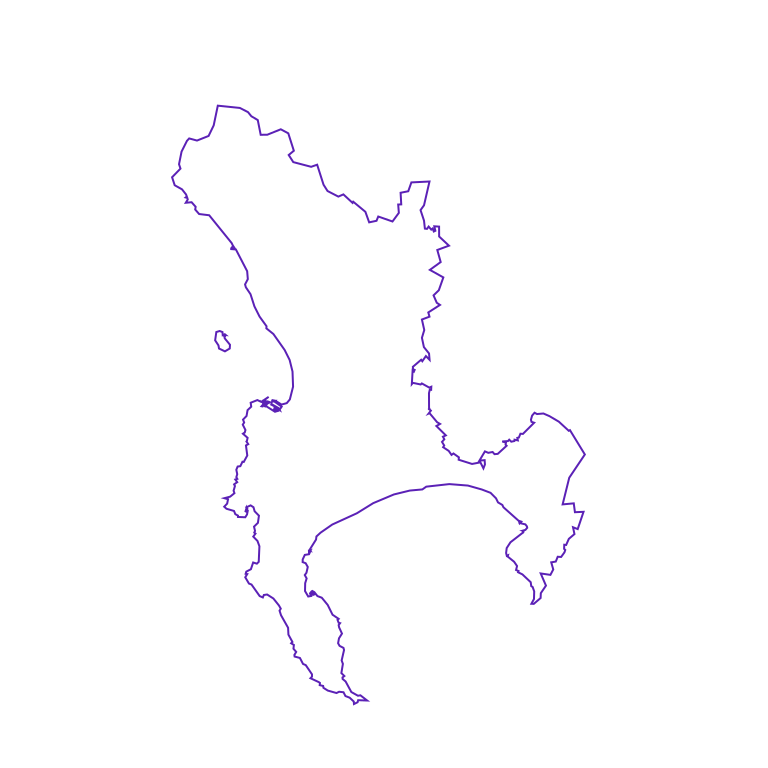 City of Cape Town, Western Cape, South Africa (Equal Earth projection), rotated 348°
{"feature_id": "47623444B95865124382580", "entity_name": "City of Cape Town", "entity_type": "district", "adm_level": 2, "iso_a3": "ZAF", "parent_name": "South Africa", "parent_adm1": "Western Cape", "projection": "equal_earth", "projection_center": [18.52, -33.915], "detail": "fine", "context": "isolated", "style": "outline", "palette": "violet", "viewbox_px": 768, "rotation_deg": 348, "n_neighbors": 0, "source": "geoboundaries", "source_scale": "gbopen_adm2", "svg_char_len": 6161}
<svg xmlns="http://www.w3.org/2000/svg" viewBox="0 0 768 768"><g transform="rotate(348 384 384)"><path d="M452.7,192.5L447.8,200.5L440.0,200.4L438.2,211.9L435.2,211.4L434.1,219.7L426.1,226.8L413.2,219.0L410.6,222.8L403.1,222.8L401.6,211.7L391.8,199.3L390.9,200.3L383.7,190.1L378.3,191.2L368.9,183.5L366.3,176.5L364.2,155.6L357.9,156.4L341.4,148.1L338.4,140.2L344.3,137.1L342.5,118.9L336.0,113.4L321.7,115.9L315.2,114.6L315.4,99.6L309.9,94.5L307.5,89.8L300.4,84.0L279.3,77.2L271.2,95.6L264.0,104.9L251.7,107.0L244.5,103.3L241.8,105.2L234.3,114.6L229.2,126.4L229.7,131.0L219.7,137.7L220.6,146.1L226.9,151.6L229.8,157.5L230.1,159.6L228.8,160.3L230.3,161.1L230.4,162.7L227.8,165.5L233.6,166.2L236.6,171.5L235.6,174.1L238.5,179.3L248.1,182.6L264.3,214.5L265.1,217.8L262.6,219.5L265.2,217.7L266.4,220.8L261.7,220.0L267.1,221.6L273.6,245.2L272.6,253.1L268.8,257.7L269.0,260.7L272.1,268.4L273.4,281.2L276.3,292.2L281.1,303.1L280.5,305.1L286.2,312.1L293.9,330.1L296.7,340.9L297.1,352.8L294.5,367.7L288.7,379.5L284.9,382.5L279.5,382.8L274.3,377.8L270.8,376.3L271.5,377.2L270.8,378.1L274.5,378.1L273.8,379.1L279.2,384.9L277.3,386.7L276.5,385.9L277.3,386.9L276.3,386.4L276.6,387.8L275.1,386.3L276.1,386.2L275.6,385.4L269.8,380.3L270.0,378.9L269.7,380.4L268.8,380.2L274.6,385.0L273.8,386.2L271.4,383.9L274.4,388.3L272.5,388.4L272.8,387.1L270.6,385.3L272.4,387.3L271.4,388.3L263.8,380.9L266.4,378.2L268.0,379.2L267.3,378.3L268.3,377.9L266.5,376.8L264.9,376.4L265.5,377.4L263.0,379.9L263.5,378.2L261.6,379.0L261.9,380.3L261.0,379.6L260.4,380.2L261.3,381.0L259.6,380.3L261.9,378.5L261.5,377.1L262.3,377.9L262.4,376.3L263.2,377.2L262.6,376.2L263.5,375.2L264.4,376.2L264.1,374.6L268.5,372.6L260.2,376.0L256.8,373.4L249.7,374.6L249.4,378.6L245.1,381.2L242.9,386.7L238.7,389.5L239.2,392.6L237.4,394.4L238.9,400.2L237.7,402.5L235.7,403.3L239.4,408.3L237.9,411.5L237.2,410.9L238.7,414.6L236.2,415.4L235.4,425.5L230.6,431.1L229.4,430.6L226.4,434.5L223.7,434.3L221.7,437.2L221.7,441.7L220.2,444.4L220.8,446.3L218.7,446.5L220.0,449.5L216.5,451.0L217.0,452.8L214.7,457.1L215.0,459.7L210.1,462.2L204.1,462.5L207.5,464.3L205.7,468.4L202.2,470.8L204.0,473.3L210.9,477.0L211.5,480.4L213.8,482.4L213.5,483.7L220.6,485.5L222.9,483.1L224.7,478.9L223.5,480.9L222.1,479.7L223.9,476.4L224.2,478.6L224.4,477.6L223.7,476.0L228.3,475.0L230.7,477.4L231.0,481.6L234.3,486.8L231.8,493.6L227.2,496.5L227.3,500.9L226.2,502.4L227.2,503.6L224.4,506.1L227.6,511.2L228.4,516.8L224.5,531.9L222.3,533.3L218.9,531.4L215.3,537.5L210.3,538.9L209.2,540.9L210.7,541.5L208.1,544.2L210.4,551.1L212.7,552.6L218.3,565.6L221.1,567.6L222.6,565.4L225.9,565.6L231.2,570.8L235.2,578.8L236.3,582.3L234.7,584.0L235.2,588.8L239.5,602.5L238.4,609.3L240.8,617.3L239.3,618.3L241.6,620.5L240.4,624.1L242.4,627.8L240.0,630.4L239.9,632.0L244.8,634.5L246.6,641.0L249.0,642.7L253.2,653.0L252.7,655.3L250.9,656.5L258.3,662.1L259.2,663.1L258.5,665.2L261.7,666.7L261.6,668.6L265.3,672.2L273.3,676.4L276.1,675.7L280.3,677.1L281.4,681.2L285.2,683.7L288.4,688.3L288.1,690.8L292.0,689.8L293.0,687.9L301.7,690.1L296.2,683.6L293.7,683.5L288.0,678.5L284.6,667.0L282.2,663.9L282.4,662.4L284.5,661.4L282.2,657.9L285.6,649.2L285.1,645.6L289.6,635.9L289.5,633.7L286.1,630.9L285.2,628.0L287.1,623.4L291.0,619.4L289.5,612.8L289.5,610.4L291.3,608.8L290.0,608.1L289.5,605.0L290.8,604.3L285.7,599.0L283.0,588.4L278.7,580.1L274.8,577.6L272.6,573.1L270.3,571.1L272.9,575.1L271.4,575.5L270.5,573.7L270.3,575.3L268.9,575.3L268.3,573.5L269.7,572.4L269.6,572.2L268.1,573.4L268.6,576.2L265.7,576.1L263.7,570.1L265.5,562.4L267.9,558.1L266.8,554.4L268.9,552.5L271.4,547.1L270.1,543.0L267.4,541.3L268.0,538.7L271.0,534.7L275.3,534.9L277.3,532.1L275.7,532.7L275.9,531.6L277.0,532.0L276.4,531.1L285.2,522.0L286.2,519.1L291.1,516.2L304.2,510.7L330.6,504.8L348.7,498.3L370.7,494.1L387.1,493.6L399.6,495.1L404.0,493.2L427.1,495.5L445.0,500.8L457.7,507.5L465.6,512.6L469.8,519.1L470.9,523.5L474.6,526.9L475.2,529.4L487.4,546.0L487.7,548.4L488.6,547.7L487.7,546.9L487.9,546.1L489.7,547.2L488.2,548.4L493.1,550.7L494.2,553.0L494.2,554.4L492.0,556.1L489.2,556.3L490.1,556.8L489.6,557.5L488.9,556.0L489.3,558.1L474.8,565.1L469.9,570.0L468.3,574.7L468.4,577.6L469.7,577.3L469.1,578.5L474.3,584.9L476.3,589.7L474.5,593.4L476.7,594.9L476.0,596.0L479.8,599.0L486.3,608.4L486.0,612.3L487.2,613.5L487.8,618.1L486.0,625.5L482.5,629.6L484.8,630.2L492.7,625.9L493.9,621.2L500.5,614.9L497.9,601.9L507.1,605.3L511.0,600.6L510.5,593.2L515.1,593.4L518.0,589.1L521.3,590.0L525.5,586.2L526.8,584.0L525.9,582.7L526.9,578.7L528.7,579.3L532.6,573.9L539.1,570.4L539.1,563.4L543.3,566.2L552.6,550.5L544.1,549.1L544.8,540.2L533.7,538.9L545.7,514.2L565.8,494.7L556.3,467.8L555.0,468.2L547.2,457.2L539.1,449.8L533.8,446.0L527.4,445.2L525.3,443.4L522.3,445.7L520.3,449.5L520.4,451.7L522.8,453.1L509.5,461.7L507.1,461.0L504.8,464.4L503.2,464.4L503.2,467.0L500.1,465.6L499.7,466.9L496.5,466.9L494.9,464.5L493.4,465.6L487.7,464.8L491.1,466.7L490.3,468.6L491.1,469.9L480.7,476.0L477.5,475.6L476.1,473.1L471.7,473.0L468.7,470.9L461.4,478.8L466.6,479.4L466.0,483.7L463.7,487.2L462.0,480.7L453.5,480.5L441.3,473.6L442.0,471.3L437.5,466.4L435.3,467.4L433.4,462.9L428.7,458.1L430.1,456.7L428.7,452.7L431.5,450.6L430.7,447.8L433.8,447.1L426.5,436.0L430.5,434.7L428.0,432.4L422.5,422.0L421.5,422.2L424.3,419.8L423.0,418.0L424.2,417.6L422.9,417.7L426.1,402.3L427.6,399.1L428.9,399.5L429.7,396.5L427.5,396.9L421.1,391.3L419.8,392.1L412.5,388.9L411.2,389.9L414.8,376.7L415.8,378.1L416.9,376.6L415.5,375.6L415.8,373.2L425.4,368.0L426.2,369.7L430.8,365.4L433.6,369.8L434.4,363.5L430.7,356.2L430.7,346.7L434.6,339.6L434.5,328.8L442.5,327.6L442.2,323.2L455.2,318.3L452.5,315.5L450.9,307.6L457.1,303.7L464.2,292.1L452.6,281.9L464.8,276.5L464.0,264.0L476.3,262.2L468.6,251.2L470.6,241.5L466.0,240.2L466.1,244.8L464.4,245.2L463.9,242.0L462.3,242.8L460.4,239.3L458.3,241.2L456.3,240.5L457.1,232.5L455.9,221.5L460.3,217.5L470.6,195.4L452.7,192.5ZM234.3,298.0L230.8,298.3L227.9,306.2L230.1,311.8L230.0,315.0L235.2,319.0L240.5,317.2L241.5,313.6L237.7,306.2L237.9,304.4L239.2,304.0L237.6,304.1L237.4,302.6L239.4,303.2L238.6,302.2L236.4,302.7L236.8,299.6L234.3,298.0Z" fill="none" stroke="#5b21b6" stroke-width="2"/></g></svg>